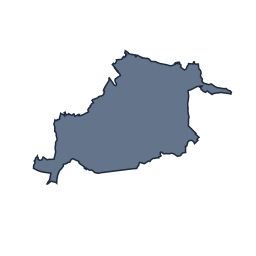 Maltrata, Veracruz, Mexico (Mercator projection), rotated 217°
{"feature_id": "50627088B19027861319705", "entity_name": "Maltrata", "entity_type": "district", "adm_level": 2, "iso_a3": "MEX", "parent_name": "Mexico", "parent_adm1": "Veracruz", "projection": "mercator", "projection_center": [-97.262, 18.844], "detail": "fine", "context": "isolated", "style": "filled", "palette": "slate", "viewbox_px": 256, "rotation_deg": 217, "n_neighbors": 0, "source": "geoboundaries", "source_scale": "gbopen_adm2", "svg_char_len": 5860}
<svg xmlns="http://www.w3.org/2000/svg" viewBox="0 0 256 256"><g transform="rotate(217 128 128)"><path d="M95.8,108.5L94.6,108.9L94.3,109.1L93.7,109.2L93.3,109.6L93.0,110.5L92.8,111.0L92.6,112.1L92.1,112.9L91.8,113.9L91.4,114.3L90.9,114.5L90.4,114.4L90.3,115.0L90.5,116.4L90.0,117.9L89.8,118.4L89.1,119.4L88.5,119.7L87.1,121.4L85.4,122.7L86.0,123.5L85.4,124.1L85.0,124.9L84.9,125.8L85.8,126.0L86.5,126.4L86.6,127.1L87.1,127.4L87.4,127.6L87.4,128.2L87.1,128.7L86.5,129.0L84.4,128.8L83.7,129.0L83.2,129.4L82.2,130.5L80.1,131.8L79.2,132.5L78.7,133.3L77.8,134.2L76.9,134.6L74.9,135.1L72.4,135.1L71.6,135.2L69.9,136.9L69.3,137.9L69.6,139.4L69.4,140.0L69.5,140.6L69.3,141.1L68.3,142.0L67.2,143.2L68.4,144.4L70.0,146.8L71.1,147.8L70.3,148.8L70.4,149.4L71.0,150.7L71.1,151.2L71.3,151.7L71.7,152.1L71.8,153.0L71.6,154.0L71.2,155.2L70.9,155.6L69.2,156.6L67.3,156.5L65.4,155.6L64.8,160.2L66.0,160.4L66.0,162.3L65.7,163.3L70.7,163.7L70.5,164.6L81.0,166.0L85.1,171.7L85.7,173.3L88.1,175.4L91.3,178.6L91.3,179.3L91.7,179.5L92.2,180.0L92.2,180.3L92.6,180.7L93.1,181.1L95.2,183.6L96.8,186.8L98.9,190.2L102.6,194.0L101.0,196.1L100.4,197.2L98.2,201.9L97.4,203.1L94.1,206.0L94.2,205.4L95.0,203.8L94.1,203.8L92.6,202.7L91.8,202.9L89.9,202.6L87.5,203.2L87.1,205.2L81.1,205.3L80.7,206.5L79.0,208.7L78.3,209.4L77.2,210.2L75.6,211.9L74.5,212.7L74.1,213.2L73.6,213.1L72.9,213.6L72.1,213.9L71.6,214.4L70.9,214.8L69.6,215.3L68.6,216.1L67.1,216.6L66.3,217.0L67.1,218.9L67.5,218.6L68.6,219.1L69.2,219.1L69.5,218.8L70.7,218.5L72.2,218.4L72.7,218.5L73.6,218.5L74.8,217.3L75.3,217.0L78.8,215.2L80.8,214.0L83.8,213.4L88.1,213.3L88.8,212.4L89.0,211.9L90.1,210.9L91.7,210.5L94.0,209.5L95.9,209.5L96.7,209.9L97.3,209.9L97.7,211.2L98.2,211.9L99.1,212.2L99.6,212.0L100.0,212.2L100.3,212.7L101.5,213.2L102.0,214.3L102.4,214.7L102.4,215.6L103.6,216.8L105.3,217.7L107.0,218.0L107.7,218.5L110.3,221.4L112.6,219.5L113.6,219.8L114.1,219.6L114.8,220.7L115.2,220.6L115.3,219.9L114.5,218.3L118.4,215.9L117.9,215.1L117.8,212.5L117.3,211.3L117.1,209.9L118.0,208.3L122.6,208.2L123.0,209.3L124.0,210.4L124.7,210.4L125.1,210.2L125.5,210.0L126.3,211.4L126.9,211.3L126.8,211.1L127.3,209.7L127.2,209.4L127.8,209.5L128.2,210.0L128.8,209.3L128.1,208.9L129.3,208.4L128.7,207.6L129.3,207.6L129.5,207.2L129.4,205.7L131.3,203.4L132.5,202.8L135.1,201.8L141.6,198.6L144.6,197.7L145.7,197.7L149.2,195.4L149.9,195.1L151.5,195.5L153.0,195.7L154.0,195.5L154.8,195.0L155.3,194.5L157.1,193.6L157.4,193.6L158.3,192.8L158.6,192.4L159.0,192.8L159.6,192.7L161.9,192.0L162.4,192.1L164.5,191.7L164.5,189.6L165.4,189.8L166.0,190.8L166.3,190.4L167.1,190.2L168.5,189.3L169.0,189.3L169.2,188.9L169.7,188.8L170.9,188.2L171.4,188.2L171.8,187.9L172.2,187.9L173.0,188.2L173.4,188.1L173.5,188.3L174.1,188.2L175.0,188.4L176.1,188.0L176.6,188.0L176.2,187.3L175.7,185.9L175.0,186.0L174.3,186.1L173.6,185.9L173.1,185.6L172.7,185.5L173.9,185.2L173.3,184.1L173.0,182.9L173.1,182.6L173.6,182.5L174.4,182.6L174.6,182.4L174.5,181.1L174.2,180.5L174.6,180.1L174.4,179.6L174.5,178.9L178.3,175.5L177.9,175.2L177.4,174.4L177.1,173.4L177.0,172.1L177.4,171.2L178.5,171.0L178.3,169.7L178.7,169.7L178.7,169.2L175.0,168.4L175.1,168.0L174.6,167.8L174.5,168.3L173.5,168.1L173.0,167.4L172.0,167.6L171.5,167.5L171.7,167.0L171.2,166.8L171.0,167.3L170.6,167.2L170.7,166.8L170.3,166.6L170.2,167.1L169.3,166.6L169.2,166.7L168.6,166.4L167.5,166.3L166.2,165.8L165.6,165.3L165.8,165.0L166.4,163.1L167.0,162.1L167.1,160.8L167.7,159.7L167.6,159.2L167.1,158.2L165.7,157.1L163.7,156.3L163.5,156.0L163.2,155.5L163.2,155.1L163.3,154.7L163.6,154.2L164.4,154.0L165.4,154.2L173.1,156.8L173.3,156.4L172.1,155.1L171.7,154.2L171.4,150.5L171.0,146.4L170.7,145.2L170.7,144.8L170.1,143.0L169.1,143.2L167.9,140.8L167.8,139.1L168.3,138.0L170.4,135.3L170.3,134.3L170.4,133.7L171.1,132.7L172.6,130.4L173.3,129.4L173.3,128.3L172.6,128.1L170.7,127.4L171.3,126.3L171.6,125.1L171.4,124.4L171.5,122.8L170.7,122.4L171.3,120.4L171.0,118.3L170.1,117.9L169.3,117.1L169.8,115.9L171.2,113.2L171.5,112.4L173.4,109.2L174.8,108.2L175.1,109.5L175.7,109.0L177.5,105.4L178.0,105.5L179.1,106.2L179.1,106.4L179.7,106.7L180.1,106.0L180.3,104.9L180.5,104.5L180.9,104.2L181.6,103.9L182.6,103.9L184.0,103.7L183.8,103.0L184.5,102.4L185.2,101.1L187.7,102.8L188.2,101.9L187.6,101.6L186.3,99.8L186.8,100.0L187.2,99.7L187.6,99.9L188.2,99.6L190.6,99.2L190.0,98.1L189.0,95.4L187.9,93.7L189.6,92.1L189.1,91.2L190.5,90.4L191.2,90.5L190.0,87.9L189.5,86.4L188.1,85.6L186.8,84.4L185.5,82.6L185.2,82.1L184.8,81.9L184.5,81.4L184.4,81.2L184.0,81.5L183.3,81.2L181.3,79.7L180.9,78.8L180.2,78.3L177.8,76.3L177.3,75.3L177.4,74.4L177.1,73.0L175.4,70.4L174.7,68.9L172.8,66.7L172.0,66.1L171.2,65.1L170.6,63.6L169.8,62.0L169.1,60.0L168.2,58.7L173.0,54.7L173.6,53.9L178.3,53.8L177.7,50.7L178.9,49.1L179.9,49.1L180.6,48.7L181.7,50.1L182.6,50.3L183.5,51.0L183.3,50.0L183.7,48.5L183.5,48.4L183.2,47.1L182.8,46.9L183.0,45.6L182.7,45.8L182.1,44.8L181.3,44.4L180.8,41.3L179.2,38.9L175.2,39.6L172.1,40.5L169.1,41.8L162.3,45.5L161.7,44.3L160.9,42.3L160.1,41.0L159.6,39.6L159.3,38.2L159.3,36.8L159.0,34.6L158.5,34.9L158.2,36.4L157.8,37.3L157.5,39.1L153.8,40.8L152.6,41.1L151.7,41.0L153.9,44.1L154.5,45.6L155.5,47.3L155.9,48.4L156.4,50.7L156.9,51.7L157.0,53.2L156.8,53.9L156.8,55.2L156.6,55.7L156.6,56.3L156.7,56.6L156.7,58.8L157.5,59.4L157.7,59.9L157.5,60.5L157.2,60.7L156.8,61.3L156.6,61.4L156.2,61.8L156.0,62.5L155.4,63.2L155.5,64.0L155.0,64.6L154.6,65.3L153.9,65.7L154.0,66.5L154.4,67.8L154.4,68.1L154.0,68.9L154.1,69.4L154.0,69.7L153.6,70.1L153.3,70.6L153.0,70.7L152.2,70.5L147.3,71.7L146.2,71.1L146.2,70.7L145.2,70.5L139.6,70.7L138.8,69.6L136.6,69.8L137.3,70.8L134.1,71.0L133.0,71.4L131.9,72.4L131.1,72.7L127.6,72.4L125.3,73.5L124.2,74.3L122.0,76.7L99.8,98.2L97.0,100.6L96.7,101.4L97.1,103.2L96.9,104.1L96.9,104.5L97.7,106.0L98.0,107.1L97.9,107.6L97.7,107.8L96.5,108.1L95.8,108.5Z" fill="#64748b" stroke="#1e293b" stroke-width="1.5"/></g></svg>